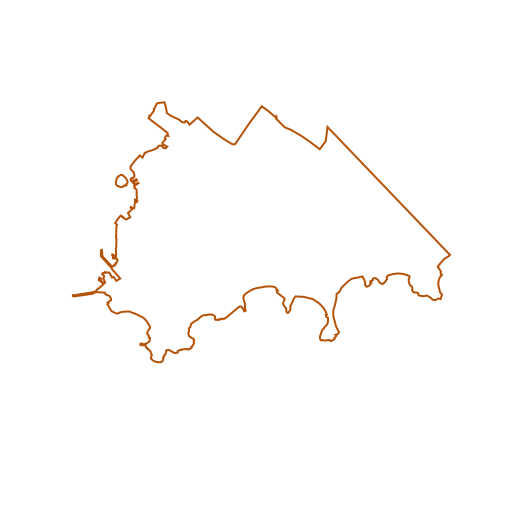 At Tawahi, `Adan, Yemen (Robinson projection), rotated 308°
{"feature_id": "15242507B38750647773303", "entity_name": "At Tawahi", "entity_type": "district", "adm_level": 2, "iso_a3": "YEM", "parent_name": "Yemen", "parent_adm1": "`Adan", "projection": "robinson", "projection_center": [44.985, 12.776], "detail": "fine", "context": "isolated", "style": "outline", "palette": "amber", "viewbox_px": 512, "rotation_deg": 308, "n_neighbors": 0, "source": "geoboundaries", "source_scale": "gbopen_adm2", "svg_char_len": 6148}
<svg xmlns="http://www.w3.org/2000/svg" viewBox="0 0 512 512"><g transform="rotate(308 256 256)"><path d="M318.0,93.1L320.7,89.2L316.4,84.7L314.6,84.0L311.2,84.9L308.9,85.0L308.8,85.6L307.7,86.1L301.3,86.3L300.9,85.5L300.5,85.6L300.2,86.4L298.4,86.6L298.6,103.2L298.5,110.7L297.6,111.4L296.6,112.9L296.3,112.2L296.6,111.6L296.0,111.3L293.8,111.3L292.7,111.6L292.4,112.9L287.6,112.5L286.9,113.2L286.9,115.2L287.5,118.7L285.2,118.4L284.0,116.4L284.8,115.3L284.8,113.5L283.3,111.7L281.8,111.3L280.7,111.9L276.4,109.7L271.3,106.2L268.7,104.9L263.7,106.0L263.7,102.5L262.3,102.7L261.8,102.4L255.9,101.9L249.3,102.0L247.6,103.2L247.3,103.9L246.6,108.3L244.3,110.9L243.0,111.4L241.2,110.7L241.1,110.2L240.0,109.8L239.3,110.0L239.1,110.9L238.5,110.9L238.4,111.3L238.8,111.8L238.8,112.3L242.8,114.5L242.4,115.6L238.1,113.5L237.9,114.5L238.2,115.4L237.6,115.6L237.4,116.0L241.1,118.0L241.0,118.6L236.3,116.9L235.7,117.9L235.2,117.9L234.7,118.4L235.0,119.0L234.8,119.8L234.9,120.7L233.3,122.4L230.0,124.8L229.2,125.9L227.1,127.3L225.9,125.8L225.0,126.7L226.4,128.5L225.4,128.9L225.0,128.9L223.8,127.5L218.6,130.6L217.7,129.1L217.9,127.4L217.5,127.1L217.0,127.3L216.6,129.6L211.0,128.7L209.1,133.1L204.7,131.1L204.4,127.9L204.9,127.6L204.9,126.8L204.4,127.0L204.5,124.5L200.9,124.3L195.3,124.7L195.1,127.3L193.4,127.8L183.9,134.7L183.8,135.3L177.4,140.1L175.7,140.9L171.9,144.1L171.3,144.9L170.9,144.8L169.5,145.7L168.5,144.1L169.1,143.7L169.0,143.2L169.2,142.4L168.8,141.8L167.9,142.4L167.8,143.5L166.1,144.7L166.5,145.4L167.5,144.8L167.6,145.3L166.8,145.9L167.2,146.6L168.1,146.2L168.4,147.2L167.8,148.9L167.2,149.7L164.0,150.3L163.9,149.8L163.5,149.8L162.3,150.7L161.3,150.4L161.4,149.8L159.0,149.4L161.2,135.2L165.9,130.8L165.0,130.3L160.3,134.1L157.9,148.2L156.5,152.3L156.5,154.1L155.9,156.2L155.5,158.7L154.6,162.9L150.4,161.2L151.9,156.7L150.4,155.8L152.6,150.7L150.8,147.9L150.5,148.0L150.1,147.5L150.1,146.8L149.3,146.9L148.6,145.9L147.7,145.6L146.9,146.0L146.8,148.5L146.1,149.1L144.2,149.5L142.5,153.2L141.7,153.5L140.6,153.2L141.2,147.8L142.6,148.1L142.6,146.0L142.2,146.1L142.1,147.3L141.0,147.2L140.7,146.6L140.2,146.8L140.1,147.6L140.6,148.0L140.0,152.7L139.1,153.0L132.9,151.9L131.6,151.4L129.3,151.4L127.3,150.0L113.3,137.0L112.5,135.8L111.9,136.1L111.7,136.4L112.2,137.6L126.0,150.8L127.0,150.6L129.1,152.3L133.9,159.1L134.0,160.1L133.2,160.7L133.3,162.5L133.9,163.0L133.9,163.9L134.3,164.9L133.9,166.3L133.0,168.3L131.8,169.0L128.0,167.7L127.8,168.9L126.5,168.6L123.6,176.0L124.4,180.2L125.4,182.4L127.7,183.5L129.7,185.1L134.1,190.0L136.4,197.3L138.0,205.2L137.4,209.5L135.5,215.0L134.2,216.8L130.2,216.9L127.7,218.1L127.3,220.3L125.8,221.7L126.2,222.1L126.2,223.0L123.0,224.7L118.7,223.2L116.4,220.5L116.7,220.0L116.0,219.0L115.1,219.2L114.8,220.2L115.4,221.1L115.8,220.9L116.1,221.8L117.5,224.2L116.5,225.4L116.1,226.4L116.6,227.1L115.8,228.3L116.3,229.3L115.9,231.7L115.1,232.6L114.6,233.7L113.7,235.0L111.2,235.8L110.7,236.4L110.3,237.0L110.3,240.1L111.5,243.6L113.8,246.4L115.1,247.1L117.5,246.6L118.0,246.3L118.4,245.4L118.9,245.2L120.3,245.5L121.4,244.8L122.8,245.2L126.5,243.4L128.5,245.4L129.3,251.4L131.6,253.8L132.8,252.9L134.6,253.6L135.9,254.9L136.6,255.0L140.5,259.1L140.7,260.4L143.7,261.8L144.4,261.0L144.9,261.4L149.1,260.9L150.3,259.4L151.8,259.0L152.2,257.8L151.8,255.6L151.7,252.5L153.2,250.4L156.3,249.0L157.5,247.7L159.5,247.9L162.7,246.7L167.6,248.1L169.0,248.9L173.9,249.8L176.6,250.8L178.7,253.2L180.6,254.5L182.9,257.6L183.3,260.5L182.6,261.6L181.5,262.0L180.8,263.4L182.0,265.1L183.0,265.4L182.8,266.2L183.4,266.6L184.9,266.9L185.3,267.3L185.4,268.3L186.1,268.5L187.1,269.8L188.2,269.9L189.5,270.6L203.3,273.4L206.6,274.4L207.0,276.4L206.3,277.9L206.1,279.3L205.2,280.8L205.4,281.2L205.9,281.4L206.5,281.5L208.4,279.0L211.0,277.5L215.2,271.7L217.5,270.8L220.9,271.3L225.3,272.9L228.5,274.4L232.3,277.3L234.7,279.7L236.9,281.4L240.8,285.8L242.8,289.1L243.1,291.2L242.1,294.3L241.4,293.6L240.1,295.3L240.2,304.0L239.5,305.2L236.1,306.1L234.9,307.0L234.0,308.4L233.4,311.6L232.3,313.1L231.2,313.7L230.4,315.4L231.4,316.5L234.2,316.2L236.1,315.4L237.2,314.1L246.1,312.0L248.5,312.0L253.4,319.1L257.1,327.6L257.6,335.0L256.6,341.3L255.2,344.9L253.5,347.9L252.4,347.3L251.3,348.9L251.7,350.6L249.8,352.3L247.7,353.6L245.9,354.2L241.8,353.8L240.7,354.2L238.7,353.7L232.1,355.9L230.2,357.4L229.5,359.1L230.3,359.5L231.0,361.0L232.5,363.3L233.9,364.2L235.0,365.5L234.9,367.3L236.3,368.1L239.0,369.1L239.6,368.3L242.6,368.5L242.8,367.2L244.9,368.5L247.0,368.4L249.8,362.4L256.6,353.5L261.1,350.2L265.3,348.7L272.2,345.4L275.7,342.9L278.8,343.8L283.9,342.9L291.6,344.0L297.0,345.4L305.5,352.6L304.7,353.7L303.9,356.1L302.4,358.2L300.2,360.0L299.9,362.2L301.3,363.0L303.8,363.8L304.6,362.9L305.5,362.3L305.9,362.9L306.2,361.9L306.7,361.6L307.2,362.1L307.2,362.7L309.1,362.9L309.5,362.1L311.3,362.6L312.1,363.9L312.3,366.3L311.2,370.1L311.7,373.0L315.6,373.8L317.1,373.5L318.3,373.6L319.7,372.0L321.8,372.0L325.4,374.5L329.7,378.6L332.8,383.6L334.6,389.2L333.8,390.2L332.7,390.2L331.3,390.9L329.9,392.2L327.8,395.0L328.0,396.1L327.9,397.8L326.9,399.2L325.4,399.8L324.7,401.0L324.5,402.2L324.8,403.3L326.0,404.9L326.6,406.4L325.2,408.1L326.0,410.5L327.7,413.1L330.0,414.9L330.5,417.5L330.4,422.4L331.6,424.3L332.3,424.9L334.8,425.8L335.8,428.0L340.3,426.2L340.5,423.8L343.9,419.3L346.0,417.0L348.5,415.3L351.1,414.3L354.2,413.8L355.1,414.4L355.7,413.9L355.7,412.9L356.6,411.6L357.6,411.4L359.5,405.7L367.8,406.0L370.2,406.3L375.0,408.1L376.3,408.2L401.7,232.9L389.5,240.2L379.4,240.5L379.2,228.6L378.6,218.4L377.0,206.1L375.1,199.4L376.7,187.0L378.0,186.9L378.7,185.7L377.4,184.9L377.8,176.1L377.5,168.4L356.6,169.0L331.1,170.7L329.5,168.5L328.4,159.4L327.7,146.4L329.2,124.7L318.5,122.8L319.7,118.7L319.1,117.3L317.3,117.7L316.0,115.3L316.0,111.1L313.9,101.8L313.9,97.4L314.8,96.7L318.0,93.1ZM236.9,106.4L237.4,104.6L237.6,100.7L236.9,99.6L233.7,98.4L231.3,98.6L227.6,100.3L226.7,101.2L226.0,102.4L226.0,104.5L226.6,105.2L226.9,106.7L227.5,107.8L229.2,108.7L230.1,108.7L230.1,109.1L231.4,109.5L231.5,110.2L232.2,110.4L232.8,109.6L234.5,109.6L235.8,108.8L236.9,106.4Z" fill="none" stroke="#b45309" stroke-width="2"/></g></svg>